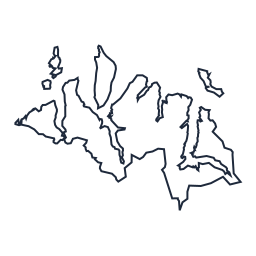 Loppa nor, Finnmark, Norway
{"feature_id": "86288312B40106717450016", "entity_name": "Loppa nor", "entity_type": "district", "adm_level": 2, "iso_a3": "NOR", "parent_name": "Norway", "parent_adm1": "Finnmark", "projection": "orthographic", "projection_center": [21.938, 70.216], "detail": "fine", "context": "isolated", "style": "outline", "palette": "slate", "viewbox_px": 256, "rotation_deg": 0, "n_neighbors": 0, "source": "geoboundaries", "source_scale": "gbopen_adm2", "svg_char_len": 5796}
<svg xmlns="http://www.w3.org/2000/svg" viewBox="0 0 256 256"><path d="M209.6,110.1L205.2,109.8L201.2,107.0L199.8,107.8L200.8,109.9L199.1,112.4L200.3,116.0L199.4,117.4L201.9,120.9L200.4,121.5L199.2,120.2L197.7,120.3L197.4,122.4L198.0,125.3L197.6,126.3L198.5,130.5L198.2,131.8L198.6,132.6L198.1,133.9L198.0,136.6L197.4,137.8L197.7,141.3L196.3,144.1L196.7,144.8L195.8,147.5L195.0,148.0L194.3,146.8L194.0,147.8L194.9,150.0L194.4,149.9L193.8,151.8L191.0,153.0L192.9,154.0L192.2,154.7L193.3,156.8L195.0,156.3L196.2,157.6L206.6,156.0L213.7,157.8L215.2,160.3L219.6,161.2L221.1,164.0L226.1,167.3L227.0,168.6L226.8,169.6L227.1,170.7L229.3,172.3L230.4,175.3L227.1,172.6L225.3,174.0L224.1,171.5L222.4,170.0L214.6,167.3L208.9,162.9L202.7,164.1L198.8,163.0L198.9,167.4L198.0,167.9L198.3,170.4L197.0,169.4L195.6,166.1L194.2,167.4L193.2,166.4L192.7,167.3L187.9,165.6L183.5,169.0L180.3,169.5L179.7,168.3L179.8,166.3L178.1,165.5L183.2,161.9L185.4,159.0L185.2,156.9L183.9,156.5L182.5,158.1L181.5,157.7L181.2,156.4L182.9,154.1L184.0,149.4L183.7,147.8L184.7,146.0L184.9,145.1L184.4,144.5L184.9,143.7L184.6,143.6L186.3,141.0L187.0,138.4L187.8,133.4L187.3,132.3L187.7,131.3L188.1,125.9L187.1,124.0L181.8,128.1L180.5,127.0L186.2,121.0L187.8,121.3L187.4,120.0L188.6,118.5L188.6,115.5L187.3,115.2L187.3,112.7L188.6,110.1L188.3,107.1L190.2,104.9L192.0,99.7L190.7,97.6L188.9,97.2L188.1,98.1L186.7,96.1L181.4,94.4L181.0,96.6L179.3,94.3L177.6,93.6L172.2,95.2L168.5,94.5L166.2,97.2L166.5,101.2L166.9,101.7L167.1,102.9L166.8,101.8L165.7,102.3L165.0,102.2L166.6,102.8L166.6,103.1L165.1,102.6L164.9,102.1L165.4,101.9L164.5,101.2L163.5,101.8L162.3,100.0L163.0,102.4L161.8,106.2L162.2,109.5L161.9,112.3L162.8,117.1L159.7,118.2L157.5,121.4L156.3,120.5L156.6,119.7L156.3,119.3L159.1,115.3L158.7,114.5L159.1,110.1L158.1,108.3L158.6,106.7L158.1,103.6L158.6,100.3L160.5,96.8L159.5,94.3L159.9,92.9L159.1,91.2L160.1,87.6L156.8,82.5L154.5,82.7L152.0,84.1L151.9,85.3L150.8,86.8L149.2,87.3L148.0,90.1L146.7,90.9L144.2,94.7L139.1,97.8L137.8,100.1L137.7,98.0L137.2,97.8L137.9,96.3L137.7,95.3L145.2,87.4L146.8,86.7L146.0,84.7L146.7,81.5L147.2,81.2L146.8,77.9L142.6,75.3L137.2,75.3L132.5,81.8L129.8,83.2L127.4,88.5L120.4,98.4L113.0,104.6L112.1,104.5L111.1,108.1L112.2,109.8L111.1,111.0L112.0,111.9L112.1,113.2L109.9,113.2L109.8,115.0L110.6,115.7L109.0,115.1L108.0,116.3L109.1,117.1L110.0,116.4L109.8,117.4L111.0,116.8L110.2,118.0L111.4,119.2L111.2,120.0L111.7,120.7L118.0,127.5L124.9,128.2L124.5,129.5L117.9,130.5L115.7,133.4L117.3,141.4L120.1,146.1L122.9,148.5L123.0,150.6L122.4,152.0L122.9,155.4L121.8,157.2L123.9,161.3L123.4,163.5L121.2,162.6L120.4,159.4L120.5,157.6L119.5,154.9L119.4,150.7L118.6,149.5L115.0,148.7L114.5,147.1L112.9,146.6L111.5,144.5L110.8,137.4L109.5,133.8L109.7,131.2L107.9,127.1L104.6,126.1L100.6,128.2L100.3,127.8L101.2,126.8L100.9,126.4L102.1,123.2L102.2,121.2L101.7,119.3L100.0,119.0L99.5,119.9L97.0,115.1L92.7,112.0L89.4,107.7L84.0,106.4L83.6,105.7L83.9,104.8L83.2,104.9L84.3,104.4L83.4,102.2L81.6,101.6L78.5,95.7L77.1,94.9L76.1,90.3L78.4,80.7L77.7,79.5L77.6,77.9L74.5,79.9L69.2,80.6L67.4,82.7L65.6,82.9L63.0,87.0L62.5,89.7L64.5,94.4L64.8,101.6L65.7,105.6L65.2,106.1L65.3,116.3L62.4,120.9L62.3,125.9L65.4,129.5L65.8,131.5L63.5,132.4L65.9,137.5L65.2,138.2L63.6,136.0L61.9,135.7L62.7,133.1L59.3,129.1L56.6,127.4L55.1,124.9L54.4,121.0L55.7,117.5L55.6,115.5L56.9,111.4L56.9,109.4L55.3,105.2L54.5,101.1L53.5,100.7L45.6,104.9L42.7,105.0L41.3,106.8L41.0,110.0L38.7,111.3L35.4,108.4L33.6,108.9L32.9,109.5L33.5,109.9L29.4,112.4L26.9,115.8L26.1,118.4L25.4,116.2L23.6,118.5L21.7,119.3L21.5,122.1L20.9,121.3L20.2,123.9L18.9,123.7L18.3,119.8L15.4,122.9L15.4,124.1L19.0,125.2L21.1,124.6L28.6,126.2L34.3,129.4L38.8,134.1L43.0,134.2L45.7,136.5L54.1,138.4L54.3,139.7L53.5,140.9L53.6,142.2L55.5,143.4L57.2,143.4L60.7,139.8L62.6,140.1L63.4,139.0L64.4,139.8L65.4,142.5L67.5,143.7L70.8,143.2L72.9,138.8L77.5,137.6L86.9,140.3L86.2,142.8L83.7,145.5L85.7,147.4L85.6,148.8L86.6,151.1L88.1,150.9L91.4,153.7L92.4,157.5L95.8,158.0L94.9,159.3L98.1,162.3L101.3,163.0L100.0,166.8L99.9,168.4L101.4,171.2L112.0,173.7L115.8,177.3L116.3,179.5L118.3,181.6L125.8,176.7L124.7,168.1L131.6,162.4L131.7,154.9L139.7,159.1L143.1,157.0L146.3,152.7L152.5,151.5L158.1,148.7L164.0,149.2L165.6,163.9L164.9,167.1L162.0,169.8L164.1,172.9L172.2,198.4L177.8,198.3L177.9,199.4L179.0,201.0L179.7,210.3L182.5,202.3L187.4,198.8L187.4,191.7L189.2,185.6L200.8,186.0L210.9,183.2L223.0,176.8L230.0,184.5L240.6,181.9L233.7,173.4L232.5,154.7L232.7,152.1L230.9,149.8L224.5,147.7L222.5,141.4L212.7,131.7L216.1,126.9L215.1,123.5L212.6,120.3L210.4,120.6L208.5,118.3L208.9,114.1L208.5,112.1L209.6,110.1ZM98.0,108.3L103.5,105.5L107.5,99.4L110.7,91.0L110.9,86.2L111.5,82.5L114.0,77.6L115.9,69.0L115.6,65.7L113.6,62.1L106.3,56.1L103.7,52.8L100.6,46.5L98.8,45.7L98.2,46.6L98.2,48.4L99.0,49.4L98.9,50.9L99.7,52.2L99.0,53.7L99.1,55.9L98.5,56.9L95.0,57.1L95.0,59.6L96.2,62.4L97.1,67.8L96.2,73.1L95.6,81.0L94.8,85.1L94.6,90.5L95.0,95.5L94.4,97.2L98.3,105.1L98.0,108.3ZM223.3,93.3L221.9,91.7L221.2,89.1L216.3,89.1L211.6,86.6L210.3,84.1L210.7,82.3L210.4,80.3L207.8,77.7L209.4,74.3L208.3,75.0L207.1,72.1L207.2,71.2L198.6,68.9L198.3,71.5L199.5,72.9L199.0,73.5L200.5,77.7L203.6,81.1L205.9,86.6L209.5,86.8L206.0,87.1L205.7,88.0L207.5,90.6L213.9,92.5L219.6,96.7L223.3,93.3ZM59.7,58.3L58.5,57.3L58.0,55.6L58.1,49.8L57.4,46.9L54.6,47.7L53.6,53.5L54.8,55.8L55.6,55.9L53.9,58.1L53.1,57.7L53.0,58.7L51.3,59.3L48.9,63.2L51.2,65.4L49.5,66.1L49.8,66.7L52.3,66.6L52.7,67.9L55.5,68.4L50.7,73.7L54.4,74.7L52.6,75.8L52.4,77.1L53.4,78.1L55.7,76.4L56.1,75.0L61.2,72.3L61.9,68.2L58.8,68.6L58.1,67.0L60.2,62.0L60.3,60.0L59.6,59.2L59.7,58.3ZM50.4,81.1L47.6,79.9L42.6,81.9L42.4,83.5L43.4,86.7L44.1,86.4L44.2,88.9L49.8,88.7L50.4,87.3L50.1,85.2L50.7,82.6L50.4,81.1Z" fill="none" stroke="#1e293b" stroke-width="2"/></svg>